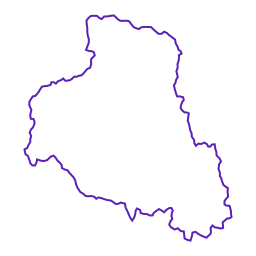 the district of Pindobaçu, Bahia, Brazil
{"feature_id": "56859067B54064928423226", "entity_name": "Pindobaçu", "entity_type": "district", "adm_level": 2, "iso_a3": "BRA", "parent_name": "Brazil", "parent_adm1": "Bahia", "projection": "natural_earth1", "projection_center": [-40.338, -10.721], "detail": "fine", "context": "isolated", "style": "outline", "palette": "violet", "viewbox_px": 256, "rotation_deg": 0, "n_neighbors": 0, "source": "geoboundaries", "source_scale": "gbopen_adm2", "svg_char_len": 3135}
<svg xmlns="http://www.w3.org/2000/svg" viewBox="0 0 256 256"><path d="M29.4,101.7L29.3,105.3L31.4,110.0L30.2,115.1L30.8,118.8L33.5,119.0L34.5,121.6L34.3,124.4L32.9,127.5L30.8,129.7L29.7,132.7L31.2,136.1L30.3,138.9L30.3,141.9L28.5,145.0L27.1,148.1L24.5,149.3L24.9,151.7L25.6,154.3L27.9,155.9L28.8,158.5L29.7,160.7L30.4,163.4L32.4,165.4L35.0,165.5L36.5,162.5L37.1,159.4L40.6,160.6L43.8,161.1L47.2,160.1L50.7,156.7L53.5,155.6L55.7,157.8L57.3,160.4L59.6,162.5L61.7,165.1L61.9,168.0L64.7,169.5L67.6,170.3L69.2,172.7L71.5,175.2L73.3,177.0L75.1,180.0L76.1,184.4L77.6,188.0L80.4,192.1L83.4,193.9L85.5,195.9L88.0,196.3L91.6,196.0L94.4,196.8L96.2,198.8L98.3,197.5L100.8,197.9L104.1,199.1L107.2,200.0L111.0,200.6L113.2,202.1L116.0,204.1L118.8,203.6L120.7,202.6L124.9,203.6L125.7,207.9L127.5,211.3L128.7,214.3L130.3,217.8L132.2,220.6L134.2,217.4L135.3,213.9L135.6,210.9L137.0,208.5L140.1,210.0L140.7,213.1L143.7,213.9L147.1,214.1L149.8,215.5L152.6,215.4L153.6,213.1L155.7,211.3L159.0,209.1L161.6,210.5L164.2,212.3L166.5,209.7L169.4,208.0L171.5,208.1L172.8,210.6L171.8,213.1L171.5,216.3L172.3,219.0L170.5,221.0L169.2,224.6L171.0,227.2L174.6,229.5L177.8,228.3L180.8,231.1L183.8,231.4L184.2,235.2L184.6,238.5L187.5,239.9L190.5,240.6L191.9,236.2L192.5,232.6L195.5,231.8L197.9,233.6L200.5,235.2L203.9,236.7L206.3,237.7L208.5,235.7L210.7,233.7L210.9,231.0L210.7,227.6L212.5,225.5L214.5,227.2L217.6,227.8L220.8,228.5L223.1,227.9L222.7,222.3L224.8,220.6L227.0,218.5L229.4,218.4L231.5,217.1L231.0,213.6L230.9,210.8L230.2,208.2L229.5,205.8L226.4,205.6L224.5,204.4L224.5,201.0L226.5,198.4L228.1,196.5L227.6,191.7L227.8,187.9L225.8,186.8L223.4,184.9L221.8,180.5L221.2,178.1L219.9,176.1L219.9,172.7L218.5,169.0L219.2,164.1L221.0,161.4L219.5,158.3L216.6,155.5L216.3,151.7L215.3,148.8L214.7,144.3L211.8,144.6L210.5,146.5L208.3,146.7L206.9,144.1L204.4,142.6L201.2,144.0L198.3,143.7L195.9,145.8L194.4,143.2L194.1,139.9L191.9,136.9L191.5,133.0L190.2,130.3L189.7,127.5L189.0,124.1L187.7,120.6L188.3,116.6L188.8,113.4L186.7,112.4L184.5,112.4L182.2,110.4L180.7,108.4L180.9,105.6L182.2,102.0L183.8,100.0L183.1,97.3L179.9,96.4L177.1,96.4L176.0,93.3L174.8,89.1L173.9,85.5L175.3,83.1L176.3,79.4L177.8,77.0L177.1,74.2L176.4,71.2L177.7,67.6L177.5,64.1L178.5,61.1L179.0,58.2L178.9,55.1L181.6,53.6L180.6,51.1L178.6,49.9L177.6,46.8L175.6,43.1L175.1,39.6L173.0,38.0L171.1,36.5L168.8,34.9L166.8,32.9L164.1,31.7L161.6,33.8L158.5,33.8L153.6,29.6L151.1,27.1L143.8,26.9L140.9,27.5L138.8,29.1L136.1,28.2L133.7,27.2L131.2,24.1L129.2,21.3L126.5,20.7L122.9,20.8L120.3,20.8L117.4,18.9L115.4,16.7L113.7,15.4L111.0,15.8L107.5,16.4L104.2,16.5L101.6,19.1L99.2,17.9L97.1,15.9L93.3,15.8L90.8,16.0L88.6,17.9L86.5,20.3L86.7,23.9L87.3,27.9L87.3,32.2L87.8,35.6L88.8,39.1L88.8,42.6L87.4,46.4L86.0,49.9L89.5,51.1L91.8,51.2L94.0,52.4L94.7,55.5L91.2,59.0L91.0,61.7L91.2,64.1L90.1,67.7L87.1,69.1L85.0,71.6L81.8,75.2L78.5,75.9L76.5,76.8L74.3,76.6L72.1,78.7L69.9,80.2L67.7,80.6L65.4,80.8L63.1,78.5L61.2,80.1L58.0,81.2L55.9,83.6L53.6,82.2L51.4,82.3L50.6,84.8L47.3,85.9L44.4,86.2L41.9,86.7L40.1,89.5L38.1,92.8L35.3,95.9L32.8,96.4L31.1,98.9L29.4,101.7Z" fill="none" stroke="#5b21b6" stroke-width="2"/></svg>